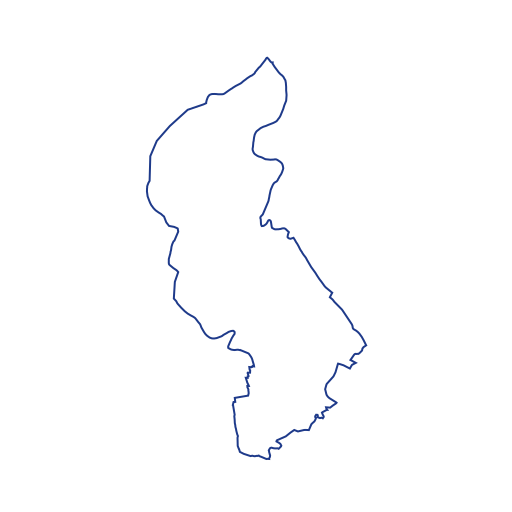 Bani Al Harith, Amanat Al Asimah, Yemen, rotated 293°
{"feature_id": "15242507B44519416711128", "entity_name": "Bani Al Harith", "entity_type": "district", "adm_level": 2, "iso_a3": "YEM", "parent_name": "Yemen", "parent_adm1": "Amanat Al Asimah", "projection": "albers", "projection_center": [44.252, 15.509], "detail": "fine", "context": "isolated", "style": "outline", "palette": "blue", "viewbox_px": 512, "rotation_deg": 293, "n_neighbors": 0, "source": "geoboundaries", "source_scale": "gbopen_adm2", "svg_char_len": 6112}
<svg xmlns="http://www.w3.org/2000/svg" viewBox="0 0 512 512"><g transform="rotate(293 256 256)"><path d="M116.4,372.7L122.8,372.7L124.3,373.3L126.6,374.4L128.9,374.6L130.2,374.5L130.8,373.5L131.6,373.1L133.4,373.4L133.8,374.7L133.0,375.4L131.7,375.6L131.8,378.2L132.8,379.6L132.7,380.9L134.3,381.2L134.9,380.9L136.0,379.5L137.6,377.9L138.2,378.2L142.0,381.3L142.2,381.7L142.6,381.0L143.2,380.3L144.1,379.6L145.4,383.5L148.3,385.1L151.7,387.3L152.4,387.5L152.6,386.9L153.8,379.3L154.2,378.0L154.7,376.8L155.7,375.3L156.5,374.6L160.4,371.7L164.9,371.1L165.9,371.1L175.3,374.3L176.2,374.4L180.0,374.6L182.6,374.3L188.4,373.6L189.0,373.6L189.3,375.8L189.6,379.3L189.3,383.3L189.1,386.4L192.8,386.8L193.4,387.0L194.4,387.8L196.6,389.6L197.2,383.6L203.5,384.9L204.2,385.2L204.8,385.8L205.0,386.5L206.0,388.6L207.5,389.4L210.3,390.5L210.8,390.5L211.9,390.2L212.7,390.2L213.7,390.5L214.2,390.6L215.8,391.7L216.4,392.0L216.8,392.3L220.5,388.0L222.9,384.9L225.0,381.4L225.4,380.4L225.8,379.5L226.4,377.4L226.8,374.4L227.1,373.8L227.6,373.2L229.5,372.0L230.1,371.4L230.7,370.7L239.7,357.0L240.3,356.0L244.4,346.1L245.6,344.0L246.0,343.1L246.9,340.1L252.0,340.5L252.2,339.6L252.7,338.1L253.0,337.0L254.3,332.6L255.0,331.0L257.8,326.4L259.3,323.7L261.4,320.5L263.8,317.1L267.4,311.1L272.3,304.5L272.9,303.8L273.7,302.8L274.4,301.7L275.6,299.5L276.9,297.5L277.8,296.4L278.3,295.5L279.4,294.0L281.7,291.3L283.4,289.1L284.4,287.5L285.9,285.6L287.4,283.4L285.3,281.0L285.1,279.6L285.3,278.4L285.8,277.6L288.4,277.0L290.8,276.9L292.5,272.5L292.5,271.2L292.1,270.2L291.5,269.2L290.7,268.3L289.5,266.4L288.0,263.2L287.9,262.0L288.2,259.7L289.1,259.0L293.3,256.4L294.1,255.6L294.4,254.5L293.8,253.6L292.6,253.3L291.5,253.3L290.2,253.1L289.0,252.7L287.2,251.6L286.4,250.8L285.8,249.6L286.5,248.8L287.4,248.1L291.5,246.1L292.7,245.1L293.8,244.9L294.8,245.2L296.9,246.0L306.1,246.0L307.4,246.0L310.9,246.0L312.0,245.9L314.2,245.4L315.4,245.2L316.9,244.8L322.1,243.8L323.3,243.7L327.6,243.7L329.8,244.0L330.9,244.5L332.8,245.9L334.2,246.3L335.3,246.3L336.5,246.5L337.6,246.6L338.8,246.7L340.1,247.0L341.6,247.2L343.8,247.2L346.3,247.0L347.5,246.8L348.5,246.1L349.6,245.4L350.7,244.4L351.4,243.5L352.0,242.0L352.3,240.8L352.8,238.1L352.8,236.8L352.4,235.7L351.8,234.8L350.7,232.6L350.2,231.5L348.8,226.9L348.8,225.8L349.0,223.6L349.0,222.5L348.9,221.2L348.7,220.1L348.7,218.8L348.8,217.7L349.3,215.2L349.8,214.1L350.5,213.2L351.3,212.4L352.3,211.5L353.3,211.0L355.4,210.5L359.7,209.1L360.9,208.9L363.3,208.2L364.4,207.9L367.2,207.4L369.4,207.5L370.6,207.7L371.6,208.1L373.7,209.3L374.7,209.8L375.8,210.5L377.9,212.3L379.6,214.3L381.5,216.1L385.2,219.9L387.2,221.6L388.1,222.2L389.1,222.6L390.2,222.8L392.4,223.4L393.6,223.6L394.9,223.7L402.0,223.6L405.6,223.2L410.7,223.1L411.9,222.7L415.7,221.4L416.8,220.9L420.1,219.1L423.4,217.7L425.9,216.4L426.9,215.9L429.2,214.4L429.9,213.4L431.7,211.1L432.6,208.9L432.8,207.8L433.3,206.6L433.9,205.2L437.4,199.2L439.4,196.3L440.7,195.7L440.2,194.9L440.5,193.7L441.1,192.5L441.8,191.4L442.3,190.4L442.8,189.2L442.9,188.9L442.5,188.4L441.3,188.1L440.2,188.0L434.3,186.4L433.0,186.1L431.5,185.6L430.5,185.0L429.4,184.7L425.0,183.4L423.9,183.4L422.8,183.0L420.3,181.5L419.6,180.7L416.9,178.9L415.8,178.2L414.6,177.6L412.6,176.4L411.3,175.7L410.2,175.2L408.8,174.4L404.6,170.9L402.2,169.2L401.0,168.5L399.8,167.6L397.8,166.3L393.2,163.5L392.3,162.7L391.7,161.7L390.4,158.8L390.0,157.7L389.7,156.6L388.9,154.4L388.3,153.0L387.6,151.8L386.7,150.8L385.9,150.2L383.7,149.6L382.6,149.6L380.3,149.7L378.0,150.1L377.2,150.4L375.0,148.4L363.9,136.0L342.0,125.9L323.2,119.7L306.6,119.7L283.6,128.7L281.4,128.4L278.9,128.5L277.7,128.6L276.4,129.1L275.3,129.4L274.1,129.9L272.8,130.4L271.8,131.0L268.6,132.9L265.4,135.9L263.5,137.8L261.7,140.0L261.2,141.0L260.3,142.4L259.7,143.6L258.8,145.8L258.0,149.4L257.6,152.1L256.8,154.4L256.4,155.9L251.9,160.3L249.7,164.2L250.8,169.2L250.8,172.6L250.7,173.2L248.0,174.9L238.3,174.9L237.3,174.4L236.3,174.3L234.0,174.3L231.5,174.6L228.6,175.4L227.6,175.6L226.5,175.7L225.1,176.1L219.2,176.9L215.6,178.4L214.6,179.0L214.0,179.9L212.6,184.6L211.9,188.2L211.5,189.3L210.8,190.7L200.5,191.4L184.7,197.0L183.2,200.3L181.9,201.8L181.2,203.0L179.2,207.3L177.3,212.0L176.3,215.6L176.0,217.8L175.8,219.2L175.6,221.6L175.3,223.4L175.0,224.4L173.4,227.3L172.8,228.3L171.4,231.1L170.5,232.1L168.9,233.6L165.8,237.7L164.5,239.7L163.6,241.8L163.3,242.9L162.8,245.2L162.9,247.4L163.3,248.7L163.7,249.7L165.1,251.9L166.8,253.7L168.4,255.4L169.4,256.2L170.4,256.7L171.5,257.5L173.5,259.1L174.5,259.8L175.4,260.4L177.1,262.3L177.9,263.5L178.3,264.6L177.7,266.0L176.6,266.5L175.6,266.7L174.3,266.3L170.6,265.8L168.3,265.8L167.0,265.7L162.3,265.7L161.3,265.9L160.4,266.6L160.4,267.7L160.2,269.0L160.3,270.3L160.7,271.9L161.0,272.9L161.6,274.0L162.2,275.0L162.7,276.0L163.2,278.6L163.3,278.6L163.4,286.7L163.3,287.4L162.6,288.7L161.2,290.9L160.4,291.9L159.4,292.9L158.0,294.0L155.0,296.5L153.6,297.4L153.5,297.1L153.3,296.5L153.3,295.9L152.5,295.9L152.2,295.1L151.8,295.1L151.3,293.8L151.3,293.5L151.2,293.2L148.8,294.6L148.5,295.3L146.3,296.1L145.4,294.0L145.0,294.0L142.7,296.0L142.4,296.1L141.9,295.4L140.6,296.0L139.9,294.2L136.1,297.4L133.9,299.9L133.6,300.2L133.0,298.8L131.8,299.4L131.0,300.3L130.1,301.2L129.0,301.6L128.3,302.1L126.8,302.9L124.4,303.3L117.1,291.9L113.6,293.9L112.8,292.4L109.8,292.9L109.8,293.1L101.5,298.4L100.1,298.6L97.2,300.2L93.9,301.8L92.2,303.0L90.7,303.8L88.8,305.3L87.8,305.9L85.8,307.4L84.4,308.5L83.2,309.7L81.5,310.0L74.0,313.4L71.6,315.7L71.6,315.9L69.4,317.7L69.1,322.0L69.7,329.2L70.7,330.6L70.9,332.0L71.2,333.1L71.8,334.0L72.4,334.9L72.5,335.4L73.4,336.5L73.1,337.3L73.2,339.4L73.2,344.9L73.5,345.3L73.9,346.2L74.3,347.4L74.6,347.2L76.5,347.3L77.7,347.0L78.3,346.7L78.8,346.1L79.5,345.7L80.1,345.1L81.0,344.5L81.4,344.3L82.1,343.7L83.8,343.9L84.9,344.2L85.6,345.1L85.9,347.3L86.3,348.6L87.4,351.1L87.4,352.2L88.9,352.8L90.4,353.4L91.3,353.4L92.6,351.8L93.0,350.2L93.3,347.3L94.2,347.2L94.7,347.4L101.6,353.9L107.0,356.8L110.8,359.2L110.9,363.2L111.6,364.1L114.6,368.2L115.3,369.6L116.4,372.7Z" fill="none" stroke="#1e3a8a" stroke-width="2"/></g></svg>